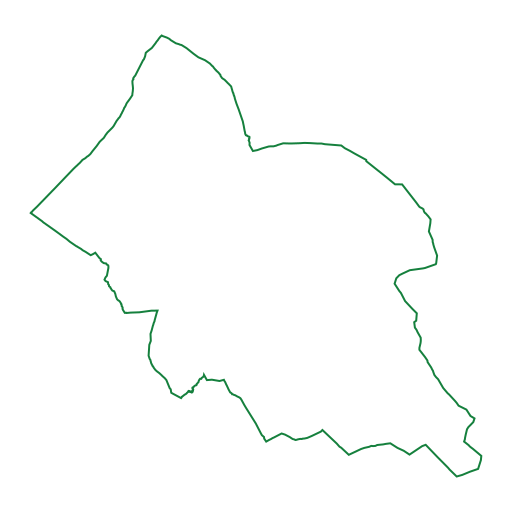 Drangedal nor, Telemark, Norway (Mercator projection), rotated 180°
{"feature_id": "86288312B55078713948498", "entity_name": "Drangedal nor", "entity_type": "district", "adm_level": 2, "iso_a3": "NOR", "parent_name": "Norway", "parent_adm1": "Telemark", "projection": "mercator", "projection_center": [9.073, 59.091], "detail": "fine", "context": "isolated", "style": "outline", "palette": "green", "viewbox_px": 512, "rotation_deg": 180, "n_neighbors": 0, "source": "geoboundaries", "source_scale": "gbopen_adm2", "svg_char_len": 5934}
<svg xmlns="http://www.w3.org/2000/svg" viewBox="0 0 512 512"><g transform="rotate(180 256 256)"><path d="M481.3,299.0L469.8,290.7L468.9,289.8L455.9,280.6L448.7,275.3L445.5,273.1L442.2,270.3L435.5,265.7L435.0,265.6L434.7,265.3L430.8,263.0L429.4,261.8L426.5,260.2L421.3,256.8L418.8,258.0L416.7,259.3L413.0,254.5L412.4,253.8L411.1,252.8L411.3,251.6L410.3,250.4L408.3,248.9L405.8,248.5L405.4,247.8L405.3,247.5L404.4,247.1L403.8,246.6L403.6,245.9L403.6,244.6L403.6,244.0L405.0,236.8L405.2,236.1L406.2,235.0L406.8,234.0L407.5,232.3L406.4,230.9L404.0,229.8L403.8,227.8L403.1,227.1L402.9,225.7L401.7,224.8L401.4,223.8L401.0,223.5L400.6,222.6L399.6,221.4L397.8,220.7L396.7,218.1L396.1,215.5L394.9,212.7L393.6,211.5L392.9,211.2L392.2,210.5L390.7,208.1L390.6,207.9L390.8,207.7L390.6,207.3L390.3,206.6L390.3,205.8L389.7,205.1L389.3,204.0L389.5,203.2L389.1,202.2L387.2,199.1L386.3,199.1L386.0,199.3L385.6,199.0L381.3,199.4L372.7,199.7L360.7,201.3L354.5,201.4L355.3,199.2L355.6,198.0L357.3,191.9L357.5,190.7L358.1,189.4L358.4,188.6L358.7,187.3L359.1,186.3L360.4,181.4L361.5,178.1L361.2,171.1L362.7,167.2L363.4,156.3L362.3,153.0L361.9,152.5L361.5,151.8L361.5,151.2L361.1,150.1L360.9,149.0L360.4,148.1L360.2,147.4L359.8,147.0L359.4,145.9L358.8,145.5L358.6,145.0L358.6,144.8L358.5,144.6L356.8,142.3L356.0,141.5L355.0,140.6L352.7,138.9L350.2,136.6L350.0,136.3L347.2,133.8L345.6,131.9L342.3,123.8L341.5,123.0L341.2,122.3L340.9,120.0L340.7,119.2L338.9,118.2L330.9,113.9L330.3,114.7L330.3,115.0L330.2,115.2L329.4,115.7L327.3,117.4L326.4,117.8L325.3,118.7L325.0,119.2L324.3,119.7L323.6,120.9L323.4,121.1L322.7,121.0L322.3,120.5L322.3,120.2L322.1,120.2L321.9,120.1L321.7,120.4L321.2,120.6L321.2,120.3L320.9,119.9L320.4,119.5L320.1,119.5L319.8,119.7L319.7,120.0L319.3,120.3L319.3,120.5L319.5,120.5L319.0,121.3L319.0,121.7L318.8,122.3L318.8,122.5L319.2,122.7L319.1,123.2L319.6,123.7L319.6,124.3L319.4,124.6L318.7,124.7L318.4,125.0L317.6,126.0L316.4,126.7L315.9,126.7L315.4,127.1L315.3,127.4L315.3,128.0L313.5,129.9L313.4,130.7L313.0,131.6L312.5,132.5L311.9,133.2L310.7,133.2L310.3,134.1L308.6,135.3L308.5,135.7L308.2,135.8L308.0,137.1L305.1,131.9L300.1,132.3L292.5,131.0L288.1,132.2L287.6,131.0L286.8,129.9L285.7,127.3L285.4,126.9L284.4,124.7L284.0,123.9L283.5,122.7L281.8,119.6L281.2,119.3L280.2,118.5L280.0,118.2L279.9,117.8L279.4,117.8L278.0,117.1L276.7,116.7L274.7,115.5L273.1,114.8L271.6,113.8L270.6,112.3L267.7,107.0L265.9,104.0L256.2,88.5L251.0,78.4L250.1,76.8L248.0,75.0L247.8,73.3L247.4,72.8L245.8,70.4L242.8,72.1L240.9,73.0L239.5,73.9L238.3,74.4L230.4,78.5L227.0,77.4L222.2,74.9L219.4,73.0L217.8,72.6L216.6,72.0L215.4,72.2L214.2,72.6L211.8,73.1L210.1,73.0L209.6,73.3L207.4,73.5L204.7,74.1L200.3,76.0L191.1,80.4L189.6,82.0L175.2,68.4L172.5,65.3L170.8,64.3L163.2,57.2L150.9,63.0L147.7,64.1L142.8,65.2L141.0,66.0L140.4,66.1L139.0,65.9L136.6,66.1L134.8,67.0L128.8,67.6L126.3,68.1L121.7,68.7L114.5,64.1L108.2,61.2L102.5,57.4L89.8,65.9L86.3,67.2L74.4,54.8L63.8,44.1L62.5,42.5L55.3,35.5L49.7,37.1L42.0,40.3L33.9,43.1L31.1,51.9L30.7,56.1L39.4,63.4L40.4,64.1L42.4,65.7L43.2,66.7L46.6,69.4L47.9,70.4L47.1,72.8L47.0,73.9L46.3,77.3L45.0,82.7L43.7,84.8L38.7,89.9L37.5,93.6L41.5,96.0L45.6,102.4L53.4,106.3L55.4,109.2L57.1,111.2L63.0,117.6L64.3,118.7L68.8,124.0L73.9,132.8L75.9,134.8L77.6,137.0L78.6,139.7L79.0,141.1L79.9,142.6L80.8,144.5L84.4,149.9L84.6,151.5L87.0,155.0L92.6,162.2L92.6,164.1L91.5,168.8L91.3,170.2L91.2,171.9L91.3,174.3L94.4,179.8L95.5,182.2L97.1,184.4L97.8,189.8L95.8,191.3L95.2,198.7L99.6,203.1L106.9,210.9L111.1,219.1L112.7,221.0L117.4,228.3L115.7,233.7L112.7,236.8L109.5,238.4L102.2,241.8L89.0,243.6L87.0,244.0L76.2,247.8L75.8,248.9L74.9,256.4L77.8,264.6L78.7,267.6L78.8,268.5L79.3,269.9L79.4,272.2L83.1,280.5L81.7,288.7L81.4,292.6L83.7,295.7L86.5,298.8L87.1,299.1L87.8,300.2L88.2,301.1L88.5,302.6L89.5,303.5L92.1,304.8L92.8,305.4L95.5,309.1L109.9,327.6L117.0,327.7L125.0,334.3L145.7,350.8L145.8,352.1L157.7,358.6L162.0,361.1L167.2,363.8L170.7,366.5L187.1,367.8L190.7,368.5L195.1,368.5L201.7,368.9L207.6,369.1L211.8,368.8L221.5,368.5L228.8,368.7L234.6,366.9L235.6,366.4L238.4,365.7L241.1,365.7L243.3,365.5L250.2,363.5L254.6,361.9L259.1,361.0L262.5,367.0L262.4,369.3L262.8,370.4L263.1,371.5L263.3,371.7L262.7,373.2L262.9,373.4L262.6,374.0L262.5,374.5L262.5,374.9L262.6,375.2L264.3,375.8L265.2,376.6L265.6,376.5L266.1,376.8L266.8,378.2L267.0,379.9L267.3,380.8L268.3,386.3L268.7,388.1L269.2,390.6L273.4,402.8L275.5,408.3L277.2,413.6L277.4,414.9L277.8,415.7L277.9,416.5L278.3,417.0L278.6,418.6L278.8,418.8L278.8,419.1L279.1,419.5L279.7,421.3L279.8,421.9L280.5,424.2L280.7,425.1L281.0,425.7L283.6,428.4L284.1,428.8L285.4,430.2L287.5,432.3L288.8,433.1L290.0,434.0L291.5,436.2L291.7,437.3L292.3,437.8L292.6,438.3L294.0,439.9L294.4,440.1L295.0,440.8L295.6,441.2L295.9,441.8L296.3,442.0L298.4,444.5L298.9,445.4L299.9,446.1L300.4,446.7L301.5,447.8L302.0,448.4L307.0,451.8L313.6,454.7L318.4,458.2L325.5,463.9L330.5,467.0L331.9,467.3L333.3,467.9L336.1,468.7L341.3,471.9L342.6,473.1L345.1,474.4L349.5,476.0L350.3,476.5L351.6,475.3L353.0,473.6L354.3,471.7L355.5,470.3L356.4,468.9L360.1,464.1L364.6,460.6L366.2,459.2L366.7,456.7L366.9,455.7L367.9,453.2L368.2,452.5L368.8,452.0L376.8,436.3L377.6,435.5L378.8,433.7L378.6,432.7L379.3,431.8L379.6,430.9L379.5,428.5L379.2,425.9L379.0,423.5L379.1,422.6L379.2,421.0L379.6,418.3L379.7,416.8L382.0,413.3L385.1,409.1L385.7,408.0L386.2,406.7L387.1,405.0L387.8,404.1L388.0,403.4L389.2,400.8L389.6,400.2L390.2,398.8L391.0,397.5L391.5,396.3L392.5,394.6L393.5,393.7L394.0,392.9L395.4,391.1L398.4,385.9L399.6,384.4L404.6,379.4L405.6,378.0L406.0,377.6L408.2,374.1L411.1,371.4L412.4,370.1L415.3,366.0L419.3,361.1L421.7,357.9L423.7,356.1L424.9,355.4L426.7,353.8L429.7,352.0L429.9,351.6L430.4,351.1L432.2,349.1L434.4,347.1L434.6,346.8L436.1,345.5L438.8,342.9L458.3,322.5L459.7,321.1L461.7,319.0L462.6,318.1L475.0,305.3L479.2,301.3L480.2,300.0L480.9,299.6L481.3,299.0Z" fill="none" stroke="#15803d" stroke-width="2"/></g></svg>